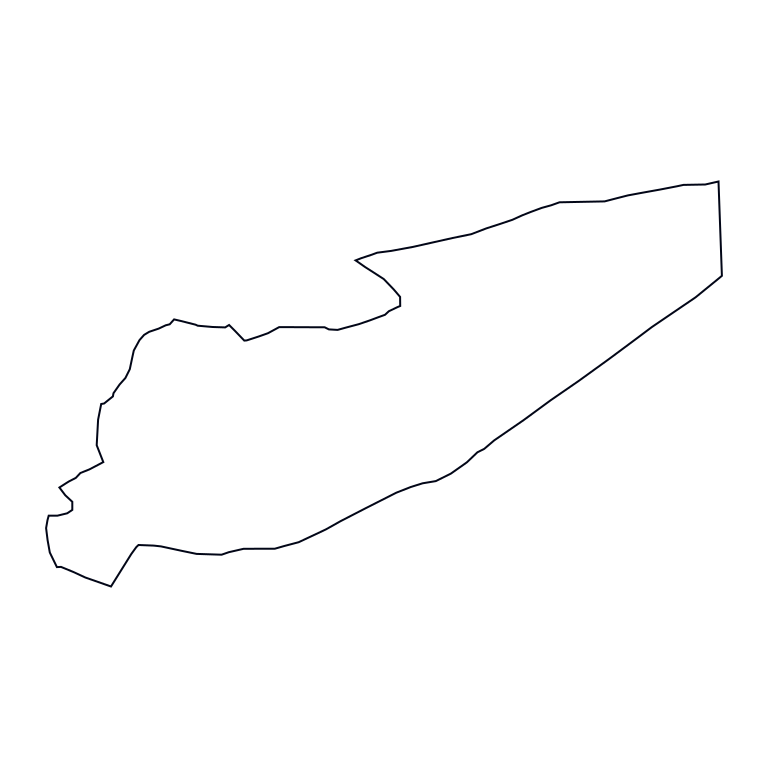 Aderbissinat, Agadez, Niger
{"feature_id": "23599985B52241460380538", "entity_name": "Aderbissinat", "entity_type": "district", "adm_level": 2, "iso_a3": "NER", "parent_name": "Niger", "parent_adm1": "Agadez", "projection": "albers", "projection_center": [8.516, 16.502], "detail": "fine", "context": "isolated", "style": "outline", "palette": "ink", "viewbox_px": 768, "rotation_deg": 0, "n_neighbors": 0, "source": "geoboundaries", "source_scale": "gbopen_adm2", "svg_char_len": 1653}
<svg xmlns="http://www.w3.org/2000/svg" viewBox="0 0 768 768"><path d="M111.0,586.5L131.3,554.0L136.3,547.1L138.5,545.0L153.8,545.6L161.0,546.4L182.0,550.9L196.6,553.9L221.6,554.7L228.8,552.2L243.6,548.8L274.9,548.7L284.3,546.0L298.7,542.2L325.9,529.4L340.5,521.2L366.3,507.9L396.3,492.7L410.8,487.0L422.6,483.3L435.8,481.1L450.9,473.6L466.9,462.3L477.4,452.3L484.2,448.9L494.3,440.3L523.5,420.2L550.9,400.1L578.6,381.0L608.9,359.1L638.1,337.4L651.8,327.1L695.6,297.3L719.9,277.5L721.9,275.8L718.5,181.5L705.3,184.5L683.5,184.9L676.9,186.3L659.8,189.6L642.5,192.7L627.9,195.4L617.3,198.1L604.6,201.4L559.5,202.3L551.1,205.3L541.7,207.9L530.9,211.9L522.3,215.3L512.4,219.8L498.7,224.4L486.3,228.4L471.2,234.2L452.6,238.0L433.0,242.4L413.0,246.9L391.2,250.9L377.2,252.7L371.8,254.7L361.2,258.2L355.6,260.4L365.2,267.1L383.7,279.0L393.7,289.4L400.1,296.9L400.2,306.0L397.5,307.1L388.9,311.2L385.0,314.8L378.1,317.3L370.1,320.3L358.7,324.2L345.5,327.7L337.6,329.9L328.9,329.4L324.7,327.3L279.2,327.1L268.0,333.2L258.7,336.5L246.7,340.4L244.3,340.6L234.9,330.8L229.1,325.0L227.1,326.2L225.2,327.4L212.7,327.0L197.7,325.7L195.6,324.7L181.0,321.0L174.1,319.4L169.7,324.3L165.7,325.3L158.7,328.6L149.2,331.8L144.1,334.9L139.5,340.1L133.8,350.5L132.2,357.8L129.8,369.2L125.4,378.0L119.6,384.5L113.5,393.2L112.9,396.4L104.1,403.5L101.2,404.0L98.1,419.7L96.7,445.2L103.3,462.1L89.4,469.4L80.4,473.0L75.8,477.9L69.0,481.4L66.1,483.2L59.4,487.5L65.3,495.3L72.3,501.8L72.3,509.9L67.2,513.3L57.3,515.7L48.7,515.7L47.5,520.1L46.1,528.1L47.6,540.2L49.8,552.5L56.9,567.1L61.0,566.9L73.4,572.0L85.3,577.5L111.0,586.5Z" fill="none" stroke="#020617" stroke-width="2"/></svg>